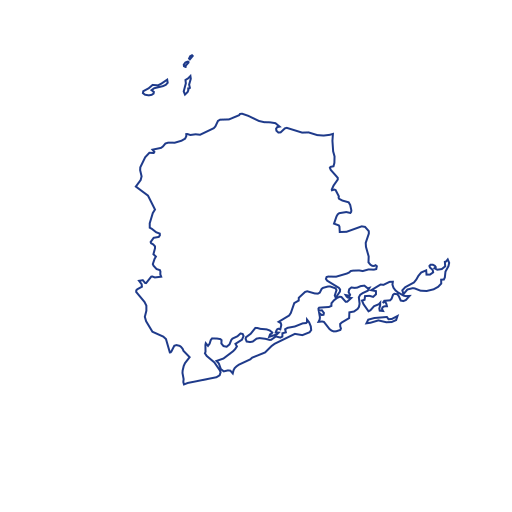 map outline of Camagüey (orthographic projection), rotated 118°
{"feature_id": "CUB-1364", "entity_name": "Camagüey", "entity_type": "Province", "adm_level": 1, "iso_a3": "CUB", "parent_name": "Cuba", "parent_adm1": "", "projection": "orthographic", "projection_center": [-77.855, 21.478], "detail": "fine", "context": "isolated", "style": "outline", "palette": "blue", "viewbox_px": 512, "rotation_deg": 118, "n_neighbors": 0, "source": "natural_earth", "source_scale": "10m", "svg_char_len": 6144}
<svg xmlns="http://www.w3.org/2000/svg" viewBox="0 0 512 512"><g transform="rotate(118 256 256)"><path d="M208.3,144.5L211.1,143.7L212.7,145.5L215.0,150.3L219.2,154.7L220.3,158.1L223.4,163.5L224.8,165.3L226.8,166.0L228.8,167.5L236.7,175.6L240.2,182.5L241.4,183.8L243.4,183.5L244.4,181.6L245.2,167.9L246.1,166.0L248.0,165.2L255.4,166.0L253.9,167.9L248.4,168.9L247.2,170.5L248.1,176.3L249.2,178.2L252.7,181.9L254.2,182.6L258.4,182.5L260.2,183.7L261.5,186.6L263.1,194.2L264.7,195.8L272.8,198.6L275.3,197.4L279.6,200.1L290.0,198.5L293.0,198.8L303.5,205.1L303.6,202.6L305.0,201.3L309.4,200.1L309.6,201.9L310.6,202.8L312.2,203.0L314.2,202.7L313.0,200.0L315.4,200.8L321.2,206.4L318.7,206.8L317.0,205.7L315.9,205.7L315.3,208.9L315.8,212.2L318.3,218.0L318.9,220.9L319.8,222.8L327.2,224.2L332.4,226.7L334.0,226.3L335.9,224.1L334.8,220.9L333.1,218.7L328.7,216.7L326.8,214.3L324.7,208.8L323.7,204.6L322.9,203.3L317.7,200.7L316.6,196.2L314.8,194.9L311.8,196.4L309.4,193.8L307.0,195.9L304.6,194.4L300.0,188.6L293.5,183.1L291.7,180.3L290.6,179.9L288.2,181.1L289.6,178.0L292.4,174.6L295.5,172.5L298.2,172.9L304.1,177.9L306.5,185.1L324.7,198.3L328.2,200.0L336.9,202.7L347.6,211.7L349.9,212.5L360.0,220.1L362.6,221.4L365.0,222.2L367.5,222.2L370.6,221.4L369.3,224.8L370.2,227.1L373.0,230.3L372.4,233.9L368.3,238.4L367.2,241.6L361.8,236.6L350.8,231.5L348.0,230.7L344.8,230.4L343.2,232.9L336.5,229.1L332.5,229.4L331.1,231.2L331.7,233.3L335.6,234.7L340.0,238.0L341.7,238.4L346.5,237.9L349.9,239.3L350.8,242.4L349.5,245.5L346.5,246.9L346.1,248.4L347.2,251.7L349.4,256.1L351.4,256.5L355.2,255.8L357.9,256.2L356.6,259.4L358.3,258.9L364.3,255.6L365.9,255.4L367.4,252.6L369.5,242.8L373.8,234.5L375.2,232.7L378.4,232.1L381.6,234.0L400.1,256.6L403.2,259.3L401.4,261.0L398.7,262.1L393.8,266.0L391.6,267.0L387.0,268.2L383.9,268.4L376.5,267.1L373.8,275.5L372.4,277.2L371.4,279.6L371.2,281.3L372.0,284.4L373.6,286.0L380.2,285.9L381.2,286.2L381.6,286.8L371.6,296.5L370.7,300.0L371.5,311.9L365.2,322.4L361.9,325.6L355.8,327.1L351.3,329.5L348.9,332.9L344.0,344.9L342.5,345.6L341.1,345.2L336.7,342.3L334.6,343.7L332.8,347.6L330.5,344.6L331.9,341.2L331.5,340.3L323.4,338.8L322.8,338.0L322.4,335.2L318.8,330.0L317.1,331.9L314.6,333.1L313.6,334.2L314.2,337.7L312.7,341.9L311.6,343.3L306.2,344.2L303.5,344.1L302.6,347.4L296.6,348.8L294.9,349.7L294.0,352.2L294.0,354.6L293.1,355.6L288.0,354.9L284.8,350.8L282.8,350.6L281.4,351.5L281.9,355.3L280.9,360.8L280.9,363.1L277.0,365.2L266.5,367.3L262.4,367.0L253.4,379.7L251.1,394.7L243.1,393.5L239.4,394.4L234.6,398.6L232.0,399.8L220.8,400.2L214.9,398.6L213.1,394.7L211.8,394.6L210.7,397.3L205.1,390.6L203.0,389.6L199.2,388.8L197.2,386.8L194.1,380.9L189.2,375.9L185.7,373.7L182.9,373.8L181.1,374.8L180.5,373.8L180.0,370.8L176.9,366.5L175.2,362.3L163.0,353.3L160.7,352.7L154.6,353.0L152.5,351.7L148.1,344.0L139.6,337.0L138.1,336.8L136.9,335.1L135.9,328.8L135.4,316.8L134.0,311.6L131.4,306.4L129.6,301.2L130.7,295.9L132.3,297.8L134.2,298.0L135.8,296.8L136.5,294.2L135.3,292.3L129.7,290.4L128.4,289.0L125.4,273.2L122.2,267.6L120.5,258.7L117.9,252.8L114.4,247.8L112.1,245.4L118.4,242.6L127.4,237.0L131.2,233.4L137.0,230.5L140.4,229.7L142.3,232.0L143.4,232.2L144.9,230.4L148.6,220.5L150.1,219.7L157.3,220.6L161.8,220.3L162.3,219.8L160.6,218.1L160.4,216.7L164.4,210.9L165.8,210.4L166.5,209.5L166.5,205.8L165.1,199.4L166.7,196.8L171.0,193.2L172.4,192.7L173.7,192.9L174.8,196.9L179.1,202.6L180.8,203.4L183.2,203.5L190.8,202.3L190.1,197.2L190.9,196.1L195.5,193.3L192.1,187.4L180.2,176.6L179.1,173.4L181.1,168.1L183.2,166.9L192.9,165.3L196.3,163.2L203.5,156.3L208.8,153.7L210.0,150.8L210.1,148.7L209.4,147.1L208.0,146.1L208.3,144.5ZM284.8,149.8L286.1,152.0L286.4,154.3L286.0,156.8L282.3,165.1L282.8,166.9L284.8,169.9L282.1,170.0L280.1,170.8L276.5,173.6L277.3,170.3L276.2,168.8L274.4,169.3L273.0,172.3L274.2,174.1L274.3,175.4L273.0,176.2L272.0,176.0L271.4,175.1L266.8,167.7L264.7,166.0L262.3,167.2L258.6,166.4L254.9,164.7L252.6,162.9L252.1,161.3L254.3,155.3L253.5,154.0L248.4,152.2L249.6,155.4L249.3,156.9L248.4,158.5L247.2,154.7L246.1,154.7L244.4,157.3L241.6,158.1L239.0,157.0L237.9,154.0L236.4,151.8L233.4,149.4L231.3,146.4L232.1,142.1L230.9,140.9L234.2,141.0L238.7,144.4L241.4,145.8L244.2,145.8L249.6,142.1L252.6,141.2L255.0,141.4L259.0,143.4L261.9,147.1L267.1,144.6L274.5,149.1L276.5,149.8L278.7,148.5L280.1,147.0L281.7,146.8L284.8,149.8ZM188.8,99.0L192.4,96.7L190.8,93.7L187.3,91.9L185.4,93.4L184.5,97.0L183.4,98.2L181.8,97.8L180.7,95.8L180.7,93.5L181.4,92.1L183.0,92.7L183.0,89.5L180.3,85.8L176.3,84.1L172.5,86.5L171.6,85.6L169.0,85.1L171.4,82.2L174.7,81.3L180.8,81.4L186.3,79.2L188.6,79.1L190.0,81.4L193.4,79.5L197.7,80.7L202.0,83.5L206.8,88.9L209.4,94.5L210.1,100.6L210.8,102.5L214.5,106.6L220.4,107.9L217.6,110.7L213.5,109.6L205.2,104.1L201.4,103.4L197.3,103.3L193.0,102.4L188.8,99.0ZM222.7,132.6L221.6,129.9L216.1,125.9L214.5,123.1L217.2,122.1L219.5,119.7L220.9,116.7L221.5,113.7L221.7,107.0L221.1,104.9L219.2,101.7L224.5,103.0L226.6,104.7L227.4,107.3L224.6,110.8L223.4,113.1L224.4,116.1L225.9,116.8L230.1,116.2L232.2,116.8L235.3,121.7L237.9,122.0L235.6,120.6L237.1,118.4L238.9,116.8L240.2,119.1L241.9,120.2L243.6,119.9L244.9,118.0L246.2,121.1L244.4,122.5L241.3,123.2L238.9,124.4L240.9,124.9L244.9,128.2L250.2,129.5L252.0,130.7L248.1,138.4L245.6,141.5L243.7,139.6L240.2,140.9L237.9,137.1L237.1,133.4L233.5,132.1L230.7,133.6L232.1,138.2L222.7,132.6ZM164.5,426.1L165.7,429.7L165.3,432.3L163.4,432.9L158.3,429.5L153.5,427.6L151.3,422.6L148.1,420.4L142.0,417.2L144.5,415.3L147.2,416.0L149.7,417.9L155.7,424.7L158.6,426.1L159.1,423.2L160.7,422.7L162.7,423.8L164.5,426.1ZM248.4,111.8L249.6,109.3L247.8,106.5L242.6,102.9L246.8,102.2L250.6,105.2L253.3,109.8L255.4,117.7L261.2,123.6L263.6,126.9L259.5,127.0L255.2,122.4L248.4,111.8ZM146.8,394.5L144.6,397.1L136.5,399.0L133.7,400.9L131.0,399.3L127.9,398.4L130.1,396.8L136.1,395.5L138.6,393.3L139.5,393.7L139.9,394.5L141.7,393.5L143.4,393.4L146.8,394.5ZM121.7,406.2L122.2,407.0L122.2,408.7L121.0,409.6L118.3,409.2L116.5,407.7L116.2,406.9L116.9,406.4L122.0,407.7L121.7,406.2ZM109.1,405.8L113.4,406.7L113.1,407.8L110.5,407.9L108.8,406.8L109.1,405.8Z" fill="none" stroke="#1e3a8a" stroke-width="2"/></g></svg>